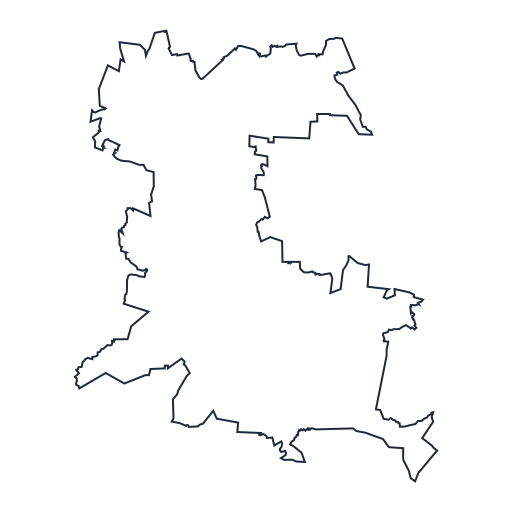 Jilotepec, México, Mexico
{"feature_id": "50627088B22130838993983", "entity_name": "Jilotepec", "entity_type": "district", "adm_level": 2, "iso_a3": "MEX", "parent_name": "Mexico", "parent_adm1": "México", "projection": "robinson", "projection_center": [-99.622, 20.017], "detail": "fine", "context": "isolated", "style": "outline", "palette": "slate", "viewbox_px": 512, "rotation_deg": 0, "n_neighbors": 0, "source": "geoboundaries", "source_scale": "gbopen_adm2", "svg_char_len": 5998}
<svg xmlns="http://www.w3.org/2000/svg" viewBox="0 0 512 512"><path d="M125.8,211.4L127.2,216.8L126.8,222.5L125.4,223.7L125.5,225.0L124.2,225.7L123.8,227.3L122.1,227.7L121.3,228.9L122.7,233.3L119.3,230.2L118.6,232.1L118.9,237.0L119.5,238.4L119.5,244.5L121.0,247.0L121.8,247.0L120.9,249.4L121.1,250.8L126.9,252.6L125.5,253.5L126.2,258.7L128.6,259.0L130.6,262.4L136.3,266.4L137.6,269.3L142.6,270.7L146.0,269.8L146.0,269.1L147.0,269.4L146.8,271.2L145.0,273.1L145.2,275.1L144.6,276.9L139.4,276.4L136.9,275.2L130.9,274.4L128.5,275.4L127.1,279.8L126.9,291.3L126.3,294.2L125.4,294.4L125.0,295.4L124.5,299.1L125.2,299.9L123.7,303.7L148.5,311.7L131.2,326.3L127.6,339.2L114.2,339.3L114.6,340.2L114.0,341.5L113.3,340.6L112.0,340.8L112.3,342.9L111.6,345.0L110.0,345.5L107.6,345.0L103.6,348.7L101.6,349.0L99.9,351.9L97.6,352.4L97.7,354.9L96.5,356.2L92.4,357.0L92.3,359.2L87.6,357.9L84.8,359.6L84.5,360.6L82.7,361.9L81.6,366.9L78.4,367.3L77.7,369.4L76.3,369.9L79.0,373.3L74.9,376.8L76.7,378.5L76.9,381.1L76.0,383.4L76.2,384.7L78.6,386.0L79.3,388.4L105.7,373.0L124.3,383.5L145.4,375.1L149.0,375.1L150.5,369.0L164.8,368.4L164.8,365.7L167.9,365.6L167.9,368.3L181.5,358.6L184.1,361.0L184.6,362.0L183.8,364.5L185.4,365.6L189.7,373.0L186.7,376.1L178.2,390.5L177.3,394.0L172.9,399.4L173.5,418.2L171.8,421.6L179.7,423.1L186.2,425.9L186.9,425.1L188.0,425.2L188.9,426.9L197.9,426.4L199.9,424.6L203.0,423.7L213.2,410.8L216.8,418.7L238.1,422.6L237.3,432.0L260.7,433.0L259.3,434.9L260.1,435.3L263.3,434.0L266.6,436.2L267.0,438.0L272.3,437.6L274.3,445.5L281.2,441.4L282.1,443.3L281.6,446.7L279.9,448.9L280.0,450.5L281.2,451.9L285.3,451.0L286.0,453.2L285.6,455.1L280.9,458.1L284.1,459.9L292.3,459.7L296.2,461.5L304.8,462.0L301.6,452.8L293.3,446.0L290.1,444.5L291.6,441.8L294.4,439.6L294.3,438.1L296.2,436.7L296.5,435.5L297.5,435.4L297.2,434.7L298.0,434.6L298.1,432.1L299.1,430.3L299.6,430.8L301.0,429.2L302.6,430.4L303.7,429.1L305.4,430.7L306.7,429.4L307.5,429.6L307.8,428.2L308.6,428.2L308.7,429.7L309.8,429.8L311.4,428.2L316.1,429.4L352.9,428.4L356.3,431.0L365.3,432.7L382.9,439.0L388.9,447.2L403.2,448.2L403.1,458.5L403.5,460.3L408.8,470.7L410.7,478.2L415.1,481.3L418.4,472.9L437.1,450.5L433.6,447.8L431.8,445.5L422.2,438.1L433.1,421.8L431.7,417.0L433.2,412.2L431.4,412.7L431.1,414.2L428.2,415.7L426.9,417.6L424.1,418.7L421.7,420.9L417.9,421.1L415.5,423.9L403.9,426.7L399.9,426.7L399.6,423.3L398.3,422.8L398.1,422.1L395.8,421.8L395.2,420.5L392.4,419.5L391.6,418.4L390.7,418.1L388.7,419.7L383.7,418.9L380.2,410.1L375.9,409.4L386.6,355.9L386.6,349.8L388.3,341.7L383.9,341.3L383.7,340.2L384.4,340.0L384.4,338.8L383.0,335.0L383.3,333.3L387.8,332.1L389.0,329.6L391.8,330.1L393.4,329.2L399.3,329.1L401.8,327.1L406.0,325.1L410.9,328.5L412.0,327.4L414.6,329.5L416.3,327.8L414.5,325.4L415.5,324.6L413.8,319.4L413.2,319.5L412.1,317.4L412.6,317.0L412.3,316.3L413.6,315.8L414.3,314.2L412.1,312.3L411.0,313.5L410.3,307.0L411.1,306.9L410.9,304.9L415.6,305.3L417.9,304.4L417.8,303.8L418.8,304.3L418.3,303.5L418.7,302.4L421.3,301.7L423.0,299.7L413.7,297.1L414.0,294.7L409.4,292.4L394.5,289.0L394.9,295.3L386.9,298.6L383.7,297.3L386.7,290.5L388.7,289.2L367.6,286.7L369.0,264.5L365.6,265.1L357.8,263.1L349.1,256.0L348.5,256.2L348.5,260.1L346.7,264.6L343.0,270.2L340.6,289.1L330.4,293.1L332.3,278.7L330.9,274.3L330.5,274.5L330.0,273.3L320.0,275.1L319.5,275.1L319.4,274.0L317.9,273.8L316.5,273.7L316.6,274.3L315.5,274.6L315.0,272.7L313.0,272.3L312.4,271.4L308.3,272.5L303.9,272.3L300.2,268.9L299.8,261.9L291.6,261.9L291.1,262.6L291.0,261.9L289.2,261.9L289.0,263.2L288.3,263.2L288.5,261.9L282.5,261.9L282.1,241.2L270.4,237.1L261.1,241.4L259.1,235.5L258.9,232.9L258.5,231.9L257.7,231.9L257.2,226.9L256.1,224.8L257.3,222.2L258.7,221.8L261.4,219.1L262.7,219.6L264.9,216.8L267.2,218.3L269.8,216.8L265.0,197.9L262.0,190.1L254.8,188.9L255.6,185.6L255.1,179.0L256.1,178.9L256.4,177.8L256.0,175.5L257.4,174.9L263.7,175.2L263.8,172.3L261.1,168.1L261.8,166.3L260.9,165.7L261.5,164.5L263.3,164.2L267.5,166.1L267.3,156.4L254.7,154.3L255.0,151.5L256.2,150.8L255.6,146.4L254.2,147.1L249.3,146.2L249.6,135.7L268.4,138.7L268.3,142.2L273.6,142.5L273.8,137.0L309.2,138.4L310.5,121.8L317.4,121.4L317.1,114.0L330.0,114.0L330.1,115.2L347.0,115.8L358.7,134.2L372.1,134.7L371.1,131.7L366.8,129.3L365.6,126.8L362.8,126.8L360.2,119.5L360.8,115.1L355.2,104.7L348.5,95.8L342.8,85.5L337.3,82.1L335.7,80.1L334.6,77.2L334.5,75.4L337.3,74.7L336.8,72.6L338.3,71.9L340.3,73.7L343.6,72.4L346.5,72.5L354.6,68.5L342.2,38.6L335.9,37.8L334.0,38.8L329.2,39.0L325.9,41.1L326.1,44.6L323.3,50.9L322.6,54.4L318.8,54.1L319.1,55.3L317.5,55.4L316.8,56.5L315.4,53.9L307.9,53.9L300.7,55.7L299.2,55.0L296.7,50.5L295.7,44.9L296.4,43.7L286.1,44.5L285.3,45.7L282.7,46.9L280.9,46.4L276.9,46.9L277.0,45.9L275.9,46.5L274.5,45.9L272.7,46.8L271.7,45.3L270.2,46.9L270.8,48.5L270.3,53.5L265.9,56.5L265.6,55.4L259.8,56.6L259.9,53.6L258.3,53.2L258.8,55.9L256.4,51.1L253.4,49.3L241.3,46.0L238.1,46.0L235.9,49.8L234.9,48.4L227.6,55.5L223.6,57.3L223.8,58.6L222.0,59.6L222.6,60.2L202.6,78.7L201.1,79.0L199.4,77.5L195.5,70.6L194.5,61.9L193.3,62.0L192.9,60.8L190.9,61.1L190.4,60.5L190.7,58.9L188.7,53.5L177.3,55.5L177.0,54.1L172.0,55.1L168.6,48.3L170.0,46.8L166.4,30.7L165.2,30.8L164.9,31.9L163.1,31.2L154.9,32.8L149.3,49.0L147.9,50.7L145.9,55.9L145.0,49.9L139.8,44.8L119.6,42.2L120.2,48.6L124.0,61.4L120.6,59.4L118.9,71.2L107.9,65.4L98.8,89.1L99.8,105.8L105.7,108.4L104.7,109.3L101.7,109.6L95.0,112.5L93.8,112.1L92.1,110.3L90.5,121.7L100.3,118.1L101.2,118.4L99.1,126.5L100.4,130.9L98.7,130.7L98.8,132.5L92.9,137.3L95.2,141.4L94.9,147.4L102.5,150.4L103.2,147.8L104.0,147.8L102.4,146.5L103.6,145.9L102.5,145.1L104.5,140.9L105.0,140.1L108.0,139.1L108.5,140.0L119.5,145.1L118.2,147.2L117.4,150.4L115.3,149.6L114.0,153.0L115.0,153.2L113.0,154.7L116.4,158.5L121.3,160.7L129.9,161.5L139.4,164.9L143.5,164.8L146.4,170.2L153.6,172.1L153.8,186.4L151.1,194.5L152.0,201.3L149.1,202.9L150.5,216.0L133.1,208.4L133.0,210.4L130.4,208.1L127.6,208.2L127.8,209.2L125.8,211.4Z" fill="none" stroke="#1e293b" stroke-width="2"/></svg>